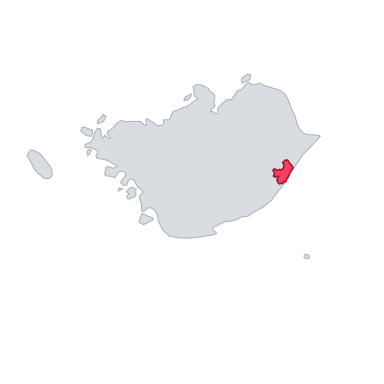 location of Gangneung-si, Gangwon, South Korea, rotated 68°
{"feature_id": "91817680B99242230797556", "entity_name": "Gangneung-si", "entity_type": "district", "adm_level": 2, "iso_a3": "KOR", "parent_name": "South Korea", "parent_adm1": "Gangwon", "projection": "robinson", "projection_center": [128.801, 37.705], "detail": "fine", "context": "in_parent", "style": "filled", "palette": "rose", "viewbox_px": 384, "rotation_deg": 68, "n_neighbors": 0, "source": "geoboundaries", "source_scale": "gbopen_adm2", "svg_char_len": 4555}
<svg xmlns="http://www.w3.org/2000/svg" viewBox="0 0 384 384"><g transform="rotate(68 192 192)"><path d="M114.7,95.7L116.0,94.7L116.1,93.3L116.2,88.7L119.9,85.5L125.3,79.0L127.9,75.4L130.9,72.1L134.3,69.8L137.6,68.8L142.9,68.3L153.0,68.7L155.0,68.4L162.0,68.0L163.7,68.6L168.8,69.0L174.5,68.6L177.3,67.6L180.0,65.9L182.3,63.0L184.7,57.5L187.2,53.2L188.7,52.4L199.0,75.4L208.9,90.2L217.4,101.0L229.5,121.8L233.0,132.9L233.4,139.7L235.4,149.2L233.7,154.6L234.2,163.1L233.5,167.5L232.0,170.7L232.0,176.9L232.5,180.3L232.5,184.7L233.5,186.4L234.9,187.0L237.1,185.4L239.8,184.7L239.3,190.0L236.1,203.4L233.3,213.2L229.4,221.7L224.5,229.4L218.6,232.5L214.4,233.6L206.5,234.0L199.9,232.6L194.3,233.6L192.0,235.2L190.3,238.0L191.5,242.3L191.4,245.5L189.0,245.2L184.2,243.4L178.8,243.1L176.4,242.2L173.9,237.7L171.3,237.8L166.9,240.5L160.0,241.1L157.6,242.6L156.8,244.5L157.8,246.9L161.2,250.0L160.0,253.2L156.4,254.8L153.6,250.9L151.8,247.1L149.8,246.8L146.7,247.9L146.0,252.1L147.5,254.9L149.8,258.1L146.5,261.9L145.6,264.6L143.1,266.5L136.7,262.2L137.6,259.2L140.4,256.3L140.8,253.2L139.9,251.4L130.5,259.1L124.7,267.8L121.7,267.1L120.4,264.9L118.6,264.0L112.4,269.6L111.2,274.0L108.9,274.2L107.9,272.3L107.9,268.3L106.9,264.9L100.5,260.0L97.6,255.7L99.2,253.3L104.5,254.6L108.8,254.4L107.9,252.4L106.6,251.4L109.4,250.2L111.8,247.9L109.8,247.2L106.8,248.6L104.3,247.9L103.4,242.3L100.4,236.5L98.9,230.9L101.9,227.6L103.5,222.6L106.3,215.4L107.7,213.0L111.6,211.3L113.0,209.4L110.9,208.5L107.5,207.6L107.6,205.5L109.9,204.4L112.5,202.1L117.5,199.2L119.0,193.9L117.6,192.6L114.5,191.3L115.3,188.7L116.6,186.6L116.1,185.4L112.5,181.9L110.1,178.8L110.8,175.2L110.3,169.8L110.7,165.2L110.5,162.8L108.8,157.2L108.0,151.6L105.7,152.5L103.8,153.8L97.1,151.9L95.0,151.8L94.1,147.6L96.6,142.5L102.4,138.0L105.7,137.5L108.2,135.5L112.0,134.9L116.6,137.9L120.8,138.5L123.1,143.8L124.5,144.9L124.8,143.0L128.2,140.7L129.0,139.0L128.3,138.1L124.4,137.1L121.0,130.6L120.5,127.8L119.3,125.9L121.2,120.7L117.2,114.8L115.3,112.9L115.6,107.5L113.6,104.1L112.4,102.3L111.7,99.0L112.3,97.6L114.2,97.0L114.7,95.7ZM99.7,330.5L97.7,331.6L95.9,331.0L95.5,330.4L93.3,327.5L92.7,325.9L94.2,323.0L100.2,318.3L115.7,313.7L118.5,313.5L124.6,315.5L125.9,319.1L124.8,322.3L123.3,324.4L116.2,328.0L110.7,329.7L99.7,330.5ZM204.2,249.2L200.1,252.4L194.6,248.1L193.3,245.8L197.5,242.3L201.0,238.3L203.3,238.1L204.2,249.2ZM175.1,248.8L174.6,253.9L171.6,254.1L169.8,250.9L167.8,252.5L166.8,252.5L165.3,248.4L165.1,245.3L168.7,242.9L170.8,244.3L173.9,245.1L175.1,248.8ZM96.1,271.3L93.4,272.1L91.8,270.3L90.7,269.8L91.4,267.5L95.9,262.9L96.8,261.3L100.9,262.3L102.5,264.7L100.5,268.4L96.1,271.3ZM109.9,98.0L109.7,104.8L107.3,104.5L105.7,103.8L105.1,102.5L103.5,96.2L105.3,93.6L108.8,95.6L109.9,98.0ZM93.6,252.7L93.0,253.9L91.2,253.6L89.3,250.0L88.5,247.2L86.6,245.6L89.7,243.2L93.5,247.6L93.6,252.7ZM105.0,162.0L104.3,165.3L101.5,163.1L100.8,155.8L103.7,158.0L105.0,162.0ZM296.6,111.3L294.7,112.8L292.4,111.3L292.1,109.7L293.3,108.2L296.1,107.4L297.4,108.6L296.6,111.3ZM118.5,272.7L119.2,275.1L115.7,274.7L113.9,272.3L114.1,270.3L116.2,270.0L118.5,272.7ZM163.6,258.7L163.1,260.3L161.0,257.9L163.1,255.2L163.6,258.7Z" fill="#d9dde1" stroke="#a8b0b8" stroke-width="1"/><path d="M197.7,92.0L197.6,93.0L197.5,93.4L197.5,94.0L197.5,94.5L198.0,95.0L198.1,95.4L198.2,96.0L198.2,96.6L198.4,96.9L198.8,97.0L199.5,96.5L200.2,96.5L201.3,96.9L201.8,96.9L202.3,97.1L203.3,97.8L203.7,98.1L204.0,98.5L204.5,99.9L204.8,100.3L205.1,101.0L205.0,101.3L204.6,101.8L204.1,102.1L203.8,102.6L203.7,103.3L203.9,104.0L204.0,104.5L203.7,104.8L203.4,105.3L202.9,105.8L202.4,105.9L201.9,106.0L201.7,106.4L201.5,107.6L201.6,108.1L202.0,108.5L202.5,108.9L203.0,108.9L203.8,108.7L204.3,108.5L205.1,108.5L206.0,108.7L206.6,109.1L206.8,109.7L207.1,109.8L207.5,110.5L208.0,110.5L208.7,110.2L209.3,109.3L209.3,107.9L209.2,107.1L209.5,106.6L210.3,106.1L210.7,106.5L211.1,107.4L211.5,108.1L211.8,108.4L212.2,108.6L212.6,108.8L213.2,108.5L213.7,108.4L214.3,108.8L214.5,108.9L215.2,108.7L216.8,108.4L217.2,108.1L217.4,106.8L217.4,105.9L218.0,105.2L217.9,104.8L217.5,104.0L217.1,103.2L217.1,102.7L217.3,102.3L217.6,102.0L217.6,101.6L217.4,101.2L217.1,100.8L214.8,98.6L214.7,97.9L214.5,97.6L213.9,97.1L210.3,93.4L210.0,92.8L209.8,92.4L209.5,92.0L209.1,91.7L208.8,91.3L208.5,91.0L208.3,90.7L208.1,90.3L208.0,90.0L208.0,89.6L206.7,88.7L206.8,88.8L206.6,89.2L204.1,89.7L203.7,89.9L203.2,90.0L202.7,90.4L201.7,90.7L201.2,90.8L200.5,90.8L199.5,91.0L199.0,91.3L198.3,91.8L197.7,92.0Z" fill="#f43f5e" stroke="#9f1239" stroke-width="1.5"/></g></svg>